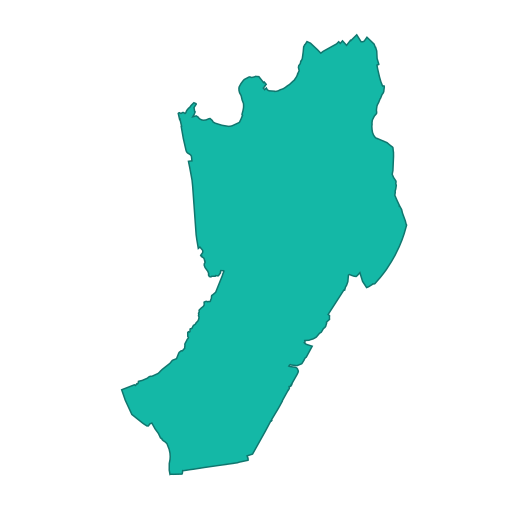 the district of Montferland, Gelderland, Netherlands, rotated 261°
{"feature_id": "6326949B90977500398075", "entity_name": "Montferland", "entity_type": "district", "adm_level": 2, "iso_a3": "NLD", "parent_name": "Netherlands", "parent_adm1": "Gelderland", "projection": "mercator", "projection_center": [6.215, 51.924], "detail": "fine", "context": "isolated", "style": "filled", "palette": "teal", "viewbox_px": 512, "rotation_deg": 261, "n_neighbors": 0, "source": "geoboundaries", "source_scale": "gbopen_adm2", "svg_char_len": 6054}
<svg xmlns="http://www.w3.org/2000/svg" viewBox="0 0 512 512"><g transform="rotate(261 256 256)"><path d="M144.9,102.4L134.1,104.3L118.9,108.6L108.8,117.8L107.5,119.1L105.2,121.7L105.0,123.1L106.8,124.9L107.3,127.0L101.0,129.3L95.9,131.9L91.3,133.2L90.9,133.6L90.6,134.0L90.5,134.3L89.3,134.6L88.1,135.5L86.7,137.1L84.6,138.7L78.6,140.0L74.7,140.2L71.4,139.9L68.6,139.3L64.7,137.9L58.1,136.8L53.7,136.9L53.8,137.2L53.7,138.3L53.3,140.4L52.2,148.7L52.3,148.9L53.0,149.3L55.5,150.0L55.4,150.3L55.3,151.3L55.3,157.1L55.2,160.8L55.2,172.1L54.7,205.2L55.1,207.9L55.1,208.7L55.5,216.2L56.3,216.4L57.9,216.2L57.9,216.4L60.0,215.9L60.9,221.6L81.6,237.9L91.0,245.0L91.0,245.3L90.7,245.5L91.0,245.8L91.2,246.0L91.8,245.9L92.3,246.1L102.2,254.4L108.5,259.3L108.9,259.3L118.5,266.8L118.4,266.9L119.9,268.2L121.9,268.3L121.8,269.7L122.0,270.0L122.6,270.5L122.6,270.1L123.0,270.3L123.0,270.9L123.5,271.2L123.5,270.8L132.4,277.9L134.4,279.3L135.7,279.8L138.0,279.3L139.0,278.7L139.7,277.8L140.0,277.1L141.5,272.3L141.8,271.7L142.1,271.2L143.0,272.1L143.4,272.9L142.8,273.9L141.3,279.4L142.4,284.2L142.7,284.6L145.7,287.2L146.1,287.3L147.8,288.8L148.2,289.8L158.1,297.4L160.6,292.4L161.1,291.6L161.8,290.9L162.8,290.1L163.4,291.0L164.9,290.9L164.5,295.2L164.8,296.4L165.2,299.5L165.9,301.5L166.5,302.9L169.7,306.6L170.6,308.6L173.7,311.2L174.7,312.9L175.6,313.8L178.8,315.3L179.6,315.2L181.9,318.7L183.8,318.9L185.5,319.3L187.0,318.1L208.7,337.5L208.4,338.2L211.3,339.5L212.8,340.8L216.3,342.7L222.7,344.3L223.1,345.5L221.9,347.4L220.7,349.7L220.1,351.7L220.3,352.1L221.0,353.2L223.3,356.0L214.2,357.3L207.5,360.3L208.0,362.4L209.6,366.2L210.2,367.1L209.9,368.0L210.1,369.1L215.4,375.4L218.6,378.9L222.0,382.4L229.2,388.8L234.9,393.4L242.8,398.9L249.0,402.7L254.8,405.8L263.0,409.6L264.3,409.2L267.2,409.0L275.4,407.4L279.1,407.1L283.2,405.6L283.1,405.4L283.3,405.4L283.3,405.6L288.8,404.0L294.3,402.6L297.0,403.5L298.4,403.6L300.3,404.5L303.8,405.6L305.9,405.4L307.2,405.9L308.2,405.9L311.9,404.2L315.4,403.3L319.0,404.6L332.8,407.4L336.8,408.0L338.5,408.0L341.5,408.2L342.2,407.9L344.7,405.5L347.4,403.2L353.2,394.0L353.1,393.9L354.1,392.5L356.8,391.1L359.7,390.4L362.8,390.4L366.0,390.7L368.2,391.3L369.1,391.3L371.8,392.1L372.7,392.6L375.7,394.8L377.8,397.3L379.2,397.7L380.9,397.7L382.9,398.2L385.4,399.0L386.7,399.8L388.4,401.1L391.6,403.0L392.5,403.8L395.7,405.7L397.2,407.2L398.4,407.9L402.7,409.1L403.8,409.2L404.0,408.9L404.1,407.6L408.5,406.6L413.3,406.0L421.7,405.4L425.6,405.3L425.8,405.5L425.9,407.1L426.1,407.3L432.1,406.5L439.6,407.3L443.3,406.8L443.3,406.5L446.8,405.8L454.7,399.8L451.3,396.5L450.9,395.0L451.0,394.1L451.2,393.3L458.7,390.1L453.9,383.4L454.3,383.1L449.9,378.4L455.0,375.1L452.8,372.5L454.7,371.2L452.9,368.8L447.7,354.5L446.2,351.7L450.2,348.9L457.7,343.1L459.8,339.9L457.5,337.9L457.0,337.1L455.9,336.4L455.2,335.8L450.0,334.5L444.1,332.7L443.0,332.2L441.5,331.0L441.6,330.9L441.2,330.6L439.2,329.9L437.3,328.0L435.6,327.4L432.2,327.6L429.3,325.5L429.1,325.7L426.4,323.8L424.0,321.5L423.7,321.5L423.0,320.1L420.2,316.0L419.1,313.5L417.9,311.3L417.0,309.2L416.7,307.9L416.4,305.9L415.7,303.9L415.5,302.2L415.6,300.2L415.9,300.0L417.1,294.8L418.0,293.5L418.7,293.0L420.3,292.5L418.9,290.6L420.7,289.5L422.7,291.7L423.0,291.6L423.8,292.9L424.6,292.6L426.6,291.3L426.1,290.6L432.7,286.9L433.5,283.6L433.2,282.8L433.0,280.4L433.1,279.2L433.8,278.1L433.9,277.5L433.8,276.8L432.2,272.1L431.4,271.0L428.6,268.1L425.6,265.8L424.5,265.4L422.2,265.1L419.8,265.3L416.7,266.4L412.3,266.7L408.5,267.5L406.0,267.2L404.2,266.8L401.4,265.8L398.1,264.3L397.7,264.3L397.1,264.7L393.7,262.7L390.7,260.6L390.3,259.7L388.3,252.7L388.2,251.1L388.3,249.2L390.5,242.7L393.6,236.4L395.1,234.6L396.7,234.0L399.0,232.1L398.9,230.7L398.2,228.0L398.3,225.4L398.9,223.7L399.7,222.5L400.2,221.9L401.6,220.8L402.2,220.6L403.7,218.9L403.4,215.3L405.3,216.9L407.8,218.4L408.0,218.0L412.3,218.0L415.3,220.7L415.9,220.6L417.1,218.6L414.9,215.5L413.2,213.8L412.5,212.5L411.1,210.9L410.1,210.0L408.5,209.1L407.9,208.3L407.9,208.1L408.9,207.1L409.2,206.4L409.2,206.1L409.0,205.4L408.6,204.6L408.6,204.0L409.5,202.8L409.4,202.1L409.0,201.5L403.0,201.9L403.2,202.3L395.8,202.8L395.7,202.4L383.4,202.6L371.4,203.4L369.9,203.7L368.9,204.2L368.1,204.9L367.0,206.3L366.2,207.1L365.1,207.7L364.0,207.8L360.0,207.6L360.1,204.1L353.1,204.4L340.9,204.7L334.2,204.3L286.4,200.2L281.6,200.1L272.5,200.2L273.6,202.0L270.5,203.9L269.7,204.2L268.5,204.1L267.7,203.8L267.1,203.3L265.9,202.0L265.2,201.5L264.5,202.4L264.0,202.0L262.9,203.3L261.8,204.3L258.5,204.6L258.6,204.8L257.9,204.8L257.6,204.7L256.4,203.7L255.0,203.4L252.5,203.9L248.2,206.1L246.2,206.4L245.7,206.6L245.1,206.2L244.7,206.1L243.0,206.7L242.5,207.9L242.5,208.5L242.8,208.7L242.9,209.1L242.4,212.6L242.5,212.8L243.0,213.1L242.3,215.4L242.6,216.0L244.0,217.4L244.5,217.8L244.8,218.3L246.3,218.5L247.1,218.9L246.5,221.8L245.6,221.8L243.1,220.2L242.4,220.0L226.5,210.5L224.5,207.3L224.2,206.6L223.9,206.1L223.3,205.8L221.1,205.3L220.2,204.7L218.3,203.7L218.2,203.3L218.5,201.8L218.3,201.1L218.8,200.4L219.0,199.7L218.9,198.7L218.5,197.5L216.5,197.3L215.3,196.9L214.3,195.8L213.1,193.6L212.5,192.9L211.7,191.6L210.9,191.2L210.0,191.2L209.3,191.1L208.7,190.4L208.0,190.2L207.1,190.4L206.5,190.0L205.9,189.8L204.8,190.2L203.3,189.8L201.5,188.9L200.9,188.4L199.2,186.2L198.8,186.0L198.2,185.5L197.6,184.4L197.3,183.4L194.5,181.3L194.4,181.0L194.4,179.8L194.2,179.5L191.9,179.0L191.3,178.5L191.4,178.0L191.8,177.4L191.1,176.6L187.2,176.0L186.3,176.5L185.9,176.5L185.4,176.2L184.4,175.0L183.2,174.2L180.6,172.2L179.9,171.9L178.0,171.7L177.3,171.3L176.3,171.2L175.8,171.0L175.5,170.6L175.2,169.8L174.3,169.1L174.0,168.6L173.8,168.1L174.1,167.4L173.9,166.9L172.8,165.0L172.0,164.4L167.3,161.6L166.9,161.0L166.2,157.7L165.9,156.9L163.5,154.3L158.7,145.7L157.1,143.4L156.3,142.5L155.3,140.9L153.5,134.5L153.7,132.7L153.6,132.2L153.3,131.2L152.3,129.6L150.9,124.1L150.6,120.3L149.6,120.0L148.5,119.4L148.2,118.7L148.2,118.4L148.4,118.2L147.0,116.7L147.8,115.7L144.9,102.4Z" fill="#14b8a6" stroke="#0f766e" stroke-width="1.5"/></g></svg>